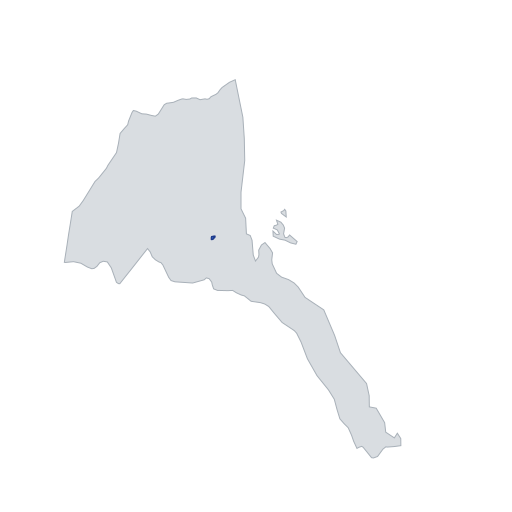 location of Debubawi Mibrak, Maekel, Eritrea, rotated 15°
{"feature_id": "51966322B67298310056264", "entity_name": "Debubawi Mibrak", "entity_type": "district", "adm_level": 2, "iso_a3": "ERI", "parent_name": "Eritrea", "parent_adm1": "Maekel", "projection": "mercator", "projection_center": [38.948, 15.319], "detail": "fine", "context": "in_parent", "style": "filled", "palette": "blue", "viewbox_px": 512, "rotation_deg": 15, "n_neighbors": 0, "source": "geoboundaries", "source_scale": "gbopen_adm2", "svg_char_len": 3160}
<svg xmlns="http://www.w3.org/2000/svg" viewBox="0 0 512 512"><g transform="rotate(15 256 256)"><path d="M72.5,311.7L70.7,294.9L69.4,283.7L68.2,271.8L67.0,260.5L72.3,253.6L74.8,247.1L81.2,225.7L83.8,221.4L88.8,210.0L89.5,206.7L94.5,192.2L94.0,182.6L93.0,172.8L95.7,167.1L98.1,162.5L98.0,158.6L99.1,149.5L99.9,147.2L102.8,147.1L108.9,148.2L113.4,147.3L118.6,147.3L122.6,147.0L124.9,144.2L128.2,133.6L130.3,131.5L131.9,130.9L136.5,128.9L140.4,125.8L143.6,123.6L144.8,123.1L148.1,122.8L151.5,121.5L153.0,120.0L157.3,118.8L161.5,119.5L164.3,118.2L166.1,117.4L168.2,117.3L170.2,116.1L171.0,114.2L172.2,113.0L175.5,110.2L177.0,108.2L177.7,106.2L178.3,104.6L179.7,101.9L185.4,95.1L190.3,91.1L207.4,125.4L214.3,145.6L220.4,166.7L225.0,198.2L229.3,214.3L236.2,222.2L241.0,237.1L245.1,237.7L248.1,241.8L253.1,255.8L256.8,261.0L258.7,256.5L258.5,253.9L257.1,249.6L258.4,244.0L261.2,240.7L267.7,245.2L271.2,248.7L272.2,255.6L273.7,259.4L280.4,267.4L286.2,269.8L293.6,270.4L299.8,272.2L304.8,275.1L314.1,283.3L335.4,290.5L352.5,312.4L362.6,327.6L395.8,350.6L401.5,361.7L404.5,372.4L411.5,371.9L423.4,383.7L426.9,392.6L436.7,395.9L438.4,390.6L443.1,394.9L445.0,401.7L438.8,404.3L431.9,406.7L430.9,406.6L428.6,409.7L425.3,418.2L421.7,420.7L419.8,420.9L409.0,413.0L407.4,412.5L405.0,414.1L403.3,415.7L398.3,409.7L394.7,404.4L389.5,398.0L384.6,395.2L379.2,391.6L374.0,383.3L368.7,374.1L360.7,366.6L345.9,355.8L332.3,342.0L321.9,327.6L315.3,320.1L312.4,318.2L298.5,313.5L288.9,306.9L281.4,301.5L276.8,300.1L272.4,299.9L263.0,301.0L255.1,297.5L251.8,297.5L246.6,296.6L242.4,295.3L237.6,296.8L227.7,299.2L223.6,298.7L221.3,295.3L220.0,292.7L216.6,290.0L213.7,290.0L212.1,292.4L201.8,298.5L184.4,301.9L180.3,301.7L177.2,299.2L168.4,288.8L165.9,287.0L163.9,286.9L159.8,285.7L156.0,283.6L152.7,279.4L149.3,276.9L145.7,285.3L139.4,300.0L136.0,307.8L131.6,318.0L130.3,318.3L128.0,317.5L119.3,304.9L113.9,300.2L109.8,300.6L106.8,303.0L105.0,307.2L102.9,309.8L100.7,310.8L96.0,310.3L88.7,308.3L81.2,308.7L73.5,311.6L72.5,311.7ZM276.9,227.5L279.2,230.6L280.9,230.3L282.1,229.2L283.0,227.0L292.0,231.4L291.5,234.3L286.1,234.4L280.0,233.2L274.3,233.6L267.5,232.4L265.9,227.5L270.3,229.9L272.5,229.2L272.9,228.6L269.8,225.3L265.5,224.6L265.8,222.0L267.7,221.0L268.9,219.7L266.5,216.1L271.3,216.9L274.4,219.1L276.4,221.7L276.9,227.5ZM273.2,204.8L275.1,210.5L269.6,208.3L268.7,207.1L271.1,204.9L271.6,203.5L273.2,204.8Z" fill="#d9dde1" stroke="#a8b0b8" stroke-width="1"/><path d="M211.2,247.6L210.9,247.6L210.7,247.6L210.5,247.8L210.4,247.8L210.4,248.0L210.2,248.0L209.9,248.2L209.7,248.2L209.7,248.3L209.4,248.3L209.2,248.5L208.9,248.5L208.7,248.6L208.5,248.8L208.4,248.8L208.3,249.0L208.2,249.0L208.2,249.3L208.2,249.5L208.2,249.8L208.3,249.9L208.3,250.0L208.4,250.3L208.4,250.5L208.5,250.6L208.5,250.8L208.5,251.0L208.6,251.3L208.7,251.5L208.8,251.5L209.0,251.5L209.2,251.4L209.3,251.3L209.4,251.2L209.5,251.2L209.8,251.1L210.0,250.9L210.1,250.7L210.3,250.6L210.4,250.3L210.5,250.2L210.5,249.9L210.5,249.7L210.6,249.4L210.8,249.2L211.1,249.1L211.3,248.8L211.3,248.4L211.3,248.2L211.3,247.9L211.2,247.8L211.2,247.7L211.2,247.6Z" fill="#3b82f6" stroke="#1e3a8a" stroke-width="1.5"/></g></svg>